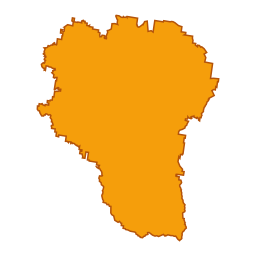 the district of Lockyer Valley, Queensland, Australia
{"feature_id": "25037944B69715811070998", "entity_name": "Lockyer Valley", "entity_type": "district", "adm_level": 2, "iso_a3": "AUS", "parent_name": "Australia", "parent_adm1": "Queensland", "projection": "natural_earth1", "projection_center": [152.214, -27.681], "detail": "fine", "context": "isolated", "style": "filled", "palette": "amber", "viewbox_px": 256, "rotation_deg": 0, "n_neighbors": 0, "source": "geoboundaries", "source_scale": "gbopen_adm2", "svg_char_len": 5696}
<svg xmlns="http://www.w3.org/2000/svg" viewBox="0 0 256 256"><path d="M216.8,87.3L217.5,81.7L218.3,81.8L218.7,78.8L213.5,78.3L210.5,78.5L212.6,63.5L204.7,62.0L205.8,57.6L204.1,54.0L206.7,52.5L205.7,51.0L204.1,48.7L201.7,46.8L200.7,47.2L199.5,45.5L197.7,45.2L197.5,46.7L195.4,45.1L195.7,43.5L192.6,43.0L193.0,40.4L192.4,38.2L192.6,36.2L184.3,34.9L185.6,34.2L185.8,32.5L181.2,31.8L181.9,26.7L178.5,25.6L174.9,22.7L173.0,21.7L171.3,21.5L170.3,21.8L163.7,20.7L163.3,21.9L154.8,20.5L153.1,32.1L151.2,30.7L148.1,31.4L147.2,21.1L144.6,21.6L144.2,22.7L143.3,23.7L143.2,24.6L142.7,24.5L139.5,26.9L138.2,27.1L137.0,25.7L137.3,25.1L136.7,24.4L137.6,18.2L127.1,16.5L127.0,17.1L126.8,16.7L125.1,17.4L124.1,17.2L123.4,16.6L123.1,17.4L122.4,17.4L121.2,17.2L119.0,15.8L116.2,15.4L115.8,16.0L117.0,19.2L117.6,19.7L117.2,23.3L117.7,24.5L114.8,23.6L112.0,23.7L111.3,28.9L109.0,30.2L107.3,30.6L107.7,32.3L106.3,36.0L106.1,37.9L106.5,38.0L106.4,38.7L104.5,38.4L104.3,37.7L104.8,36.8L104.7,35.6L102.1,35.2L101.3,36.7L99.9,36.7L100.0,36.0L99.6,35.1L100.0,33.3L99.8,32.6L98.3,32.3L98.6,30.0L92.6,29.0L92.9,27.2L89.3,26.6L89.5,25.3L88.7,25.8L86.8,25.5L87.2,23.2L84.9,22.8L85.1,21.4L83.2,21.1L83.6,19.8L83.1,20.5L81.8,20.9L81.5,21.8L81.7,22.8L77.8,22.0L77.5,22.4L74.0,21.8L74.5,18.3L72.4,17.9L71.9,20.9L73.3,21.9L72.7,25.8L67.6,24.7L64.2,27.1L64.6,27.2L64.1,31.3L63.4,31.7L61.2,30.0L62.0,29.6L60.8,29.4L60.5,33.0L62.9,33.3L62.5,35.9L62.0,35.9L61.6,39.5L57.4,38.8L56.7,44.6L56.4,44.9L55.6,44.4L54.5,44.5L54.7,43.0L54.3,42.7L52.7,44.1L52.9,44.8L52.7,45.1L51.3,45.0L49.3,46.1L48.2,45.6L47.9,46.0L47.8,46.9L46.8,47.7L44.1,47.9L45.1,49.1L44.1,51.5L44.5,52.5L43.3,53.9L43.5,54.2L44.7,54.2L44.8,55.4L44.4,56.2L45.6,56.1L45.9,57.0L44.9,57.8L44.2,59.3L44.3,59.7L45.5,60.3L44.9,61.1L44.9,62.2L44.4,63.1L44.0,63.3L43.3,62.7L41.4,64.3L41.8,66.3L42.5,67.5L43.5,68.2L44.4,68.3L44.2,70.2L44.9,70.0L45.4,70.4L46.1,65.9L48.1,66.2L49.0,66.9L51.1,67.2L52.4,68.3L53.9,68.5L54.0,68.8L55.0,68.6L55.3,69.9L52.8,70.7L53.0,71.7L51.8,72.7L53.9,74.6L53.4,77.5L54.8,78.1L55.2,77.5L57.0,77.5L56.5,80.8L55.7,80.7L54.3,89.7L54.6,89.9L56.2,88.4L58.0,87.5L58.5,87.7L57.7,88.8L58.6,89.0L58.5,89.5L59.1,89.6L59.3,89.1L60.8,89.3L60.5,91.1L59.3,90.9L57.9,91.4L57.2,91.2L54.6,91.7L53.9,96.9L52.6,96.7L52.2,100.1L50.2,100.1L50.0,100.9L47.4,100.6L47.2,102.8L48.8,103.1L48.6,105.1L45.2,104.5L45.0,105.7L43.1,105.0L42.2,103.6L41.6,103.8L41.6,104.2L39.2,103.7L38.8,106.2L37.5,106.0L37.3,109.2L38.3,110.7L39.4,110.8L40.0,113.0L41.7,115.9L43.6,116.0L44.4,114.8L45.3,115.0L45.8,113.9L46.7,113.9L48.1,114.9L48.9,115.1L50.0,114.7L50.5,115.0L50.9,115.6L50.2,117.7L51.4,119.2L51.7,119.9L51.4,121.8L52.2,122.0L53.1,125.0L51.4,125.5L51.3,126.3L51.7,127.3L51.6,128.4L55.2,129.0L54.8,131.9L56.5,132.2L56.0,136.1L58.6,136.8L58.8,135.0L66.2,136.2L65.5,141.3L67.3,141.4L68.4,142.5L68.5,141.7L70.9,142.0L70.8,143.3L71.8,142.6L72.1,142.8L72.3,143.5L72.8,143.2L74.5,143.6L75.0,144.4L76.2,145.3L76.9,145.2L77.2,146.0L78.1,146.1L78.7,146.9L79.6,146.2L79.1,149.4L81.9,149.9L81.7,151.3L80.1,151.0L79.7,153.6L82.1,154.0L82.8,156.9L82.4,157.9L84.9,158.3L85.9,152.0L88.5,152.4L87.4,159.9L89.3,160.2L89.2,161.0L96.9,162.3L96.5,164.9L99.4,165.4L98.8,166.4L98.9,167.3L96.6,166.9L97.0,167.5L97.7,167.6L98.2,168.4L100.0,169.0L100.6,170.4L101.4,171.2L101.9,172.8L101.9,174.6L102.4,175.6L101.9,176.0L99.6,175.9L99.6,176.5L99.1,177.0L98.9,178.4L99.6,179.7L99.4,181.2L101.1,182.7L101.4,184.7L103.2,186.1L103.7,186.9L103.1,189.7L102.4,190.7L103.0,191.9L102.6,194.1L102.2,194.3L101.8,195.8L102.7,199.5L103.5,200.8L103.1,202.3L106.1,203.1L107.1,204.7L108.6,204.4L109.4,206.3L110.9,206.4L110.8,212.9L111.7,214.6L113.7,215.9L114.8,220.3L118.1,222.3L119.5,221.4L120.8,223.1L121.6,223.3L121.3,225.5L123.5,225.9L123.1,228.3L125.2,228.7L125.6,229.5L128.0,230.0L130.3,231.2L134.6,232.0L135.6,232.5L136.2,234.3L137.5,234.7L138.1,235.8L138.6,235.6L139.7,236.7L140.3,236.8L140.4,237.4L142.6,237.7L143.7,236.4L144.9,236.2L145.5,235.1L147.9,234.4L147.6,232.6L149.1,232.5L152.5,235.1L155.0,236.1L156.8,235.7L158.6,236.5L163.4,234.4L164.8,236.0L165.2,236.0L165.4,235.5L166.3,235.7L167.8,234.8L170.9,235.6L172.8,235.6L174.2,236.3L175.7,236.1L177.9,239.3L179.6,240.6L180.4,239.6L181.1,239.3L181.8,238.5L181.7,236.9L182.2,234.8L182.0,233.6L182.9,231.6L183.9,231.0L184.9,229.3L186.3,228.1L186.0,226.5L185.5,226.0L185.3,224.6L184.6,224.2L185.2,222.9L184.8,222.7L184.6,221.3L184.0,220.0L184.2,218.6L183.1,218.4L182.9,217.9L182.6,213.3L182.8,212.8L184.8,211.6L185.0,210.4L184.5,209.6L184.9,207.9L184.5,206.2L185.0,204.8L183.5,203.1L183.0,201.5L183.0,200.2L181.9,198.4L182.1,196.2L181.6,194.7L181.7,192.6L181.1,191.1L181.3,190.1L181.0,190.1L180.8,188.3L179.7,186.3L179.7,184.9L181.1,183.5L181.6,182.5L180.9,180.2L178.8,179.8L179.2,176.8L176.6,176.4L176.7,176.0L175.9,175.9L176.1,174.5L176.8,174.6L176.9,174.3L183.5,175.2L184.1,171.6L182.1,171.3L182.5,169.2L179.9,166.2L178.0,161.6L178.8,156.7L179.9,158.3L180.5,154.5L182.3,154.8L182.4,153.7L183.0,153.8L184.5,143.0L183.5,142.8L184.2,138.0L185.2,138.2L185.6,135.4L178.4,134.2L178.7,131.6L179.9,130.1L182.3,129.4L184.9,128.0L185.2,126.4L186.8,125.1L187.0,124.0L188.5,121.3L185.3,120.4L185.5,118.9L187.2,119.1L187.8,118.1L187.9,116.9L188.5,117.8L191.1,118.7L191.8,118.2L190.9,117.2L191.0,116.8L192.3,116.3L193.0,116.8L193.9,116.0L194.4,117.4L195.6,117.7L196.5,118.4L196.9,118.1L197.0,117.4L197.5,117.4L198.4,118.8L198.6,120.2L199.6,120.9L200.0,117.5L201.1,117.7L201.4,116.1L201.9,115.5L201.4,113.6L203.4,111.6L203.4,110.3L204.2,107.3L205.0,106.6L205.2,105.7L206.2,104.5L207.1,101.8L208.1,101.0L208.8,99.8L208.9,99.5L208.5,99.2L209.2,98.8L209.0,98.3L214.2,95.5L211.9,90.6L213.8,89.5L215.3,89.9L215.8,86.6L216.8,87.3Z" fill="#f59e0b" stroke="#b45309" stroke-width="1.5"/></svg>